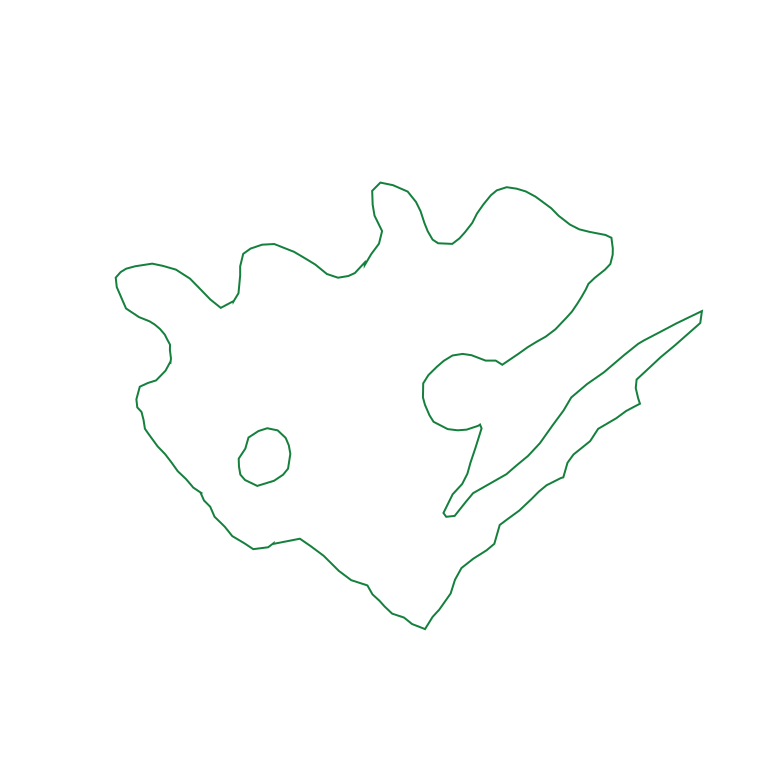 the district of Yevlakh District, Yevlakh Rayon, Azerbaijan, rotated 106°
{"feature_id": "54616110B52362464060400", "entity_name": "Yevlakh District", "entity_type": "district", "adm_level": 2, "iso_a3": "AZE", "parent_name": "Azerbaijan", "parent_adm1": "Yevlakh Rayon", "projection": "orthographic", "projection_center": [47.034, 40.701], "detail": "fine", "context": "isolated", "style": "outline", "palette": "green", "viewbox_px": 768, "rotation_deg": 106, "n_neighbors": 0, "source": "geoboundaries", "source_scale": "gbopen_adm2", "svg_char_len": 3188}
<svg xmlns="http://www.w3.org/2000/svg" viewBox="0 0 768 768"><g transform="rotate(106 384 384)"><path d="M332.4,132.5L327.6,135.8L318.5,140.9L310.1,142.4L294.9,133.2L282.2,125.6L266.5,114.9L238.2,96.8L226.3,98.5L227.4,99.8L245.2,119.7L259.4,134.5L270.5,146.2L275.4,150.8L290.1,161.2L312.1,175.8L328.1,188.8L345.3,200.3L360.0,204.1L377.1,210.5L397.9,217.8L413.4,225.7L426.1,234.4L437.0,241.5L455.0,259.1L464.4,268.3L475.3,273.1L491.3,279.7L494.5,287.6L491.6,291.3L471.1,287.6L458.6,281.3L447.2,279.1L435.8,279.2L420.7,278.5L409.1,278.2L399.7,278.0L396.5,280.5L397.9,281.6L399.1,283.2L405.1,292.0L408.2,300.4L409.8,310.3L406.7,325.9L401.6,331.6L392.7,338.9L386.1,342.9L379.2,344.7L372.6,346.5L363.3,343.8L353.0,338.0L345.2,332.9L337.7,326.0L333.4,316.7L332.2,307.8L333.5,292.8L330.7,283.1L332.9,275.6L327.0,270.7L317.8,263.0L309.0,256.0L301.5,249.1L293.9,241.6L284.3,234.4L270.2,227.0L262.6,223.3L253.5,220.3L246.2,218.2L237.6,216.1L231.4,215.1L223.9,210.7L213.2,203.1L206.3,199.5L196.7,199.8L190.7,201.4L181.2,205.5L180.7,205.7L180.5,207.3L179.7,212.2L181.1,228.0L181.5,239.0L179.5,249.2L174.1,262.7L169.0,271.6L166.4,278.5L162.1,290.2L159.8,300.9L159.7,310.0L159.7,310.8L159.8,311.1L161.0,320.3L166.8,329.0L173.1,333.3L184.1,338.0L194.5,341.6L204.9,343.6L215.8,348.0L223.2,351.6L230.5,357.0L233.8,370.8L231.8,377.1L225.2,384.0L218.0,389.6L207.8,396.5L200.2,403.4L192.5,414.3L190.4,430.2L191.4,443.0L201.6,448.6L214.8,444.3L224.8,439.5L237.5,428.0L250.5,427.5L262.7,432.1L275.0,435.3L272.4,436.0L285.4,442.6L290.0,448.0L294.5,457.5L294.0,469.2L288.1,483.0L285.1,494.0L281.7,507.1L281.5,509.6L279.7,528.1L283.7,539.6L290.6,549.6L297.7,555.2L310.5,554.7L319.2,552.2L336.8,548.9L346.1,551.4L345.8,551.5L355.8,561.9L350.6,574.3L343.0,587.5L336.2,599.5L333.1,609.9L331.4,615.5L331.4,629.2L332.2,640.0L339.4,655.6L344.2,663.6L349.0,668.0L351.5,669.2L355.7,671.2L364.5,667.6L375.7,658.4L382.5,652.8L387.2,638.1L388.4,626.6L390.0,620.9L392.8,614.6L396.9,608.4L400.7,604.9L405.2,600.5L410.3,599.2L418.2,595.8L422.2,595.2L422.0,595.6L431.5,597.7L443.4,604.1L448.0,611.1L453.9,618.0L467.0,617.8L474.5,614.7L477.7,609.4L484.7,605.3L492.9,601.5L496.5,597.1L502.5,589.4L506.3,584.5L511.8,575.0L517.8,566.9L524.7,558.2L529.9,548.2L534.3,541.5L536.1,538.9L538.2,532.5L539.1,529.6L539.5,530.0L545.6,524.9L549.9,517.2L558.3,510.3L565.1,497.7L572.0,488.0L575.8,473.6L578.8,464.2L572.9,450.4L567.8,446.5L568.3,446.5L555.9,422.2L560.2,409.4L565.8,394.6L576.1,375.9L581.6,361.5L582.2,344.4L589.4,337.1L593.7,328.5L597.7,322.1L602.5,312.9L603.0,300.4L607.0,290.9L608.0,279.9L608.3,277.0L605.8,276.3L594.5,273.1L585.7,268.7L567.0,262.2L552.6,261.8L539.5,258.8L527.3,250.0L515.5,239.5L507.2,233.9L487.6,233.9L480.1,228.2L468.4,219.1L454.4,210.8L444.8,205.5L436.5,199.8L425.6,188.0L424.3,185.9L409.1,185.9L399.5,182.4L382.1,170.1L368.1,165.8L352.9,151.3L343.3,143.9L337.1,137.5L332.4,132.5ZM509.5,497.7L503.2,500.7L495.8,503.1L484.4,499.5L477.7,499.5L472.8,499.5L463.8,491.7L458.7,484.0L458.5,481.2L457.9,473.4L462.9,463.7L463.0,463.6L469.2,458.6L476.9,454.8L491.8,452.9L499.0,456.0L507.3,463.0L516.6,477.3L516.9,477.7L514.6,491.1L510.7,497.1L509.5,497.7Z" fill="none" stroke="#15803d" stroke-width="2"/></g></svg>